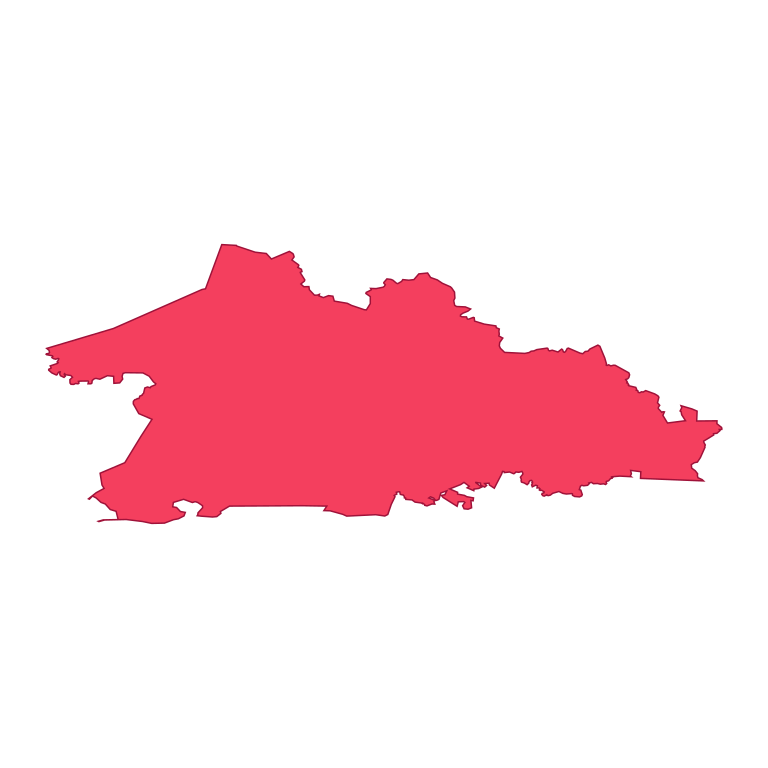 Jumurdas pag., Erglu, Latvia (Equal Earth projection)
{"feature_id": "27541924B12132010316150", "entity_name": "Jumurdas pag.", "entity_type": "district", "adm_level": 2, "iso_a3": "LVA", "parent_name": "Latvia", "parent_adm1": "Erglu", "projection": "equal_earth", "projection_center": [25.8, 56.947], "detail": "fine", "context": "isolated", "style": "filled", "palette": "rose", "viewbox_px": 768, "rotation_deg": 0, "n_neighbors": 0, "source": "geoboundaries", "source_scale": "gbopen_adm2", "svg_char_len": 6068}
<svg xmlns="http://www.w3.org/2000/svg" viewBox="0 0 768 768"><path d="M255.2,252.2L236.9,246.1L236.4,245.4L221.8,244.6L205.5,288.8L202.0,289.5L113.4,328.5L46.7,348.4L49.1,350.4L49.5,352.5L48.8,353.4L46.5,353.8L46.1,354.2L46.6,354.7L52.3,355.8L52.8,356.3L51.9,357.6L53.6,358.7L55.7,359.2L58.1,358.4L58.8,358.8L58.2,360.5L57.2,361.6L57.3,362.3L58.1,362.7L57.5,363.4L50.2,365.9L51.1,367.7L50.9,368.3L48.7,369.3L48.7,370.2L51.8,372.9L56.3,375.0L57.1,374.7L57.8,373.2L59.1,371.9L60.2,371.9L59.7,373.9L60.4,375.7L64.0,377.4L65.3,376.2L64.2,374.5L64.5,373.7L65.9,374.8L70.8,375.5L72.5,377.2L69.9,379.7L70.0,383.0L71.0,384.3L73.8,384.4L75.4,383.5L78.1,383.8L79.0,383.1L78.4,381.4L80.4,381.1L88.1,381.0L88.5,381.8L88.0,383.8L90.9,383.8L91.9,383.1L92.2,380.5L94.4,378.7L96.0,378.4L99.9,379.2L107.4,375.7L113.6,376.3L113.9,383.3L119.7,382.9L122.7,379.1L122.1,376.4L123.0,373.4L125.3,372.7L142.9,372.9L149.2,376.2L153.4,381.8L155.8,383.8L155.2,384.9L151.0,386.6L150.3,387.7L147.4,387.0L144.8,388.0L143.6,393.2L142.2,394.6L142.1,395.3L139.8,396.1L139.0,398.5L137.1,398.6L136.7,399.2L134.8,399.7L133.4,401.3L133.3,402.1L133.3,403.9L138.8,413.6L152.0,419.3L140.9,436.4L124.8,462.7L100.1,473.2L102.0,485.0L104.1,488.4L96.2,492.7L88.5,498.8L89.4,499.2L92.5,496.0L96.2,498.0L101.0,502.4L105.3,504.0L110.2,509.5L116.1,511.3L118.0,518.9L117.9,519.6L103.2,519.9L98.3,521.3L98.9,521.6L104.6,520.0L126.2,519.5L142.5,521.5L151.7,523.4L164.5,523.1L173.5,519.7L178.3,518.8L184.0,515.9L185.3,512.4L180.4,511.5L176.6,507.5L172.7,506.8L173.4,502.4L183.6,499.3L192.4,502.5L195.0,501.7L196.1,501.9L198.0,502.6L202.5,505.7L202.6,507.8L198.0,512.8L197.8,514.7L197.2,515.7L201.6,516.2L212.5,517.0L216.8,516.6L220.9,513.4L220.4,511.5L229.5,506.1L302.4,505.7L326.8,506.1L323.9,510.6L330.1,510.8L342.7,514.3L346.7,516.1L375.7,514.7L384.8,516.0L387.8,514.5L391.3,504.3L395.0,496.7L394.2,495.4L396.8,494.1L396.3,492.3L399.0,491.7L399.7,491.8L400.3,494.4L403.4,495.1L404.3,496.5L404.4,497.9L405.6,498.0L405.8,499.4L412.0,499.9L415.0,502.1L421.4,503.0L422.5,503.7L422.8,503.2L424.7,504.7L424.7,505.3L427.0,505.9L431.9,504.0L434.8,504.1L433.9,501.7L434.8,500.4L428.8,498.0L430.5,496.8L433.7,498.1L435.7,500.5L436.8,500.3L438.9,499.4L440.8,493.0L446.8,490.8L444.9,494.7L441.4,495.4L443.1,497.5L457.1,506.3L458.3,501.8L463.8,501.6L464.9,502.4L462.6,505.7L464.1,508.8L468.1,509.2L471.6,507.8L470.9,500.4L473.1,500.8L473.5,497.9L466.8,496.7L464.5,495.4L457.6,494.1L457.6,492.3L449.7,488.9L460.6,484.6L464.0,482.4L469.2,486.2L467.1,487.8L473.8,490.7L474.0,489.1L478.6,488.5L481.6,487.1L475.3,482.3L480.5,483.1L480.8,485.4L484.7,487.1L486.6,485.5L484.7,483.5L489.1,483.2L489.4,485.0L494.3,488.2L501.7,473.9L502.5,471.4L504.1,471.6L504.3,472.6L509.6,472.0L513.5,473.7L514.4,473.5L515.9,472.0L518.9,472.3L521.9,471.4L522.8,473.1L522.8,474.2L520.4,477.2L521.3,479.2L521.1,480.8L521.5,482.1L524.3,483.0L527.1,484.7L528.7,483.2L529.0,481.8L530.0,480.6L531.6,480.4L532.6,482.1L531.9,482.7L532.4,483.9L531.6,484.9L532.3,486.8L535.7,485.2L537.4,485.7L537.0,487.9L539.0,487.9L540.0,488.9L539.3,489.9L540.0,490.4L541.7,490.3L544.2,491.9L543.9,492.8L542.1,493.4L541.8,494.5L543.0,495.8L544.3,496.1L546.8,494.8L547.0,495.4L548.5,495.6L550.4,495.1L552.7,493.3L558.9,491.5L562.9,493.4L566.3,494.0L571.9,493.6L572.4,493.8L572.5,495.3L574.7,496.5L579.6,496.9L581.7,495.9L582.3,494.6L580.8,490.1L579.3,489.6L580.4,486.2L581.8,485.3L583.7,485.8L587.6,485.3L589.2,483.7L588.8,483.0L591.5,482.4L593.4,483.7L597.6,483.5L600.3,484.2L603.6,483.8L605.6,484.5L606.7,483.5L606.1,482.0L606.4,481.4L608.6,480.8L610.6,478.5L611.9,478.3L611.7,477.9L612.3,477.6L612.1,477.4L613.1,477.0L612.6,476.7L619.8,476.1L631.1,476.7L630.3,476.1L631.4,473.8L630.6,470.4L640.8,471.7L640.5,478.4L703.5,480.9L702.1,479.6L697.9,477.7L697.4,475.6L697.6,473.7L695.2,470.7L691.7,468.1L691.3,464.6L694.4,462.7L697.4,462.1L700.4,457.6L705.0,447.3L704.8,446.2L705.3,445.0L703.8,442.3L703.7,441.1L713.7,435.0L713.5,433.7L716.9,433.3L720.0,430.6L719.3,429.5L721.8,429.4L721.9,428.9L721.6,427.5L716.9,423.7L717.0,420.8L696.7,421.0L697.1,411.1L691.9,408.9L681.0,405.7L681.8,407.6L680.1,411.0L681.1,411.7L681.7,414.8L685.5,420.7L667.5,423.0L662.9,415.4L664.4,411.9L662.9,411.7L661.9,412.4L658.3,408.6L658.4,407.2L659.7,405.3L657.5,402.8L658.9,397.2L657.9,395.8L654.7,393.9L645.7,390.6L643.2,392.0L641.4,391.8L639.9,392.7L638.3,392.4L637.8,390.7L636.3,390.2L636.7,389.5L635.8,387.4L628.7,385.7L628.3,385.1L628.7,384.7L627.6,382.9L626.8,382.8L627.2,381.8L625.7,379.5L627.6,378.9L628.8,377.6L629.6,374.8L628.8,372.8L615.2,365.3L613.5,365.2L610.8,365.9L608.7,364.8L607.0,365.5L606.2,365.1L606.5,364.0L604.8,358.1L599.9,346.3L597.9,345.1L589.9,349.0L587.9,351.2L585.2,351.5L582.8,353.7L580.0,353.1L568.4,348.1L567.2,348.5L565.8,351.1L564.6,352.3L563.4,351.9L562.5,349.6L561.6,349.1L558.0,352.0L552.2,350.2L549.4,350.9L548.4,350.1L547.9,348.5L547.1,348.1L536.8,349.6L533.9,350.9L531.1,351.2L529.2,352.5L524.9,353.4L504.6,352.4L500.4,348.3L499.3,345.9L499.7,342.5L502.8,338.1L498.8,335.9L499.3,334.2L498.9,331.2L499.3,329.0L496.3,327.7L495.9,325.9L484.2,324.1L474.6,321.1L474.2,317.7L473.3,317.4L468.5,319.2L467.4,319.1L466.5,316.9L462.0,316.8L460.4,316.1L460.6,314.7L463.1,313.1L468.0,311.1L470.6,309.0L465.3,306.9L456.6,306.5L454.7,305.4L453.7,300.6L454.9,298.1L454.5,292.1L451.7,288.0L450.4,286.8L442.4,283.3L437.3,279.9L430.6,277.5L427.6,273.0L418.8,273.9L413.9,279.6L408.8,280.2L402.8,279.6L401.6,281.4L397.8,283.6L396.6,283.3L392.9,280.2L391.0,279.4L386.9,278.9L383.8,282.5L383.9,283.3L385.3,284.7L384.3,286.4L383.1,287.2L376.1,288.6L370.6,288.4L371.3,289.5L370.9,290.1L366.2,292.4L365.9,293.5L370.3,296.6L370.3,303.6L366.4,309.9L364.3,309.7L351.5,305.4L347.3,303.3L334.3,301.1L332.9,296.2L328.6,295.6L323.4,297.6L319.0,295.9L319.4,294.3L317.5,295.1L314.5,295.2L309.4,289.8L308.9,286.6L303.8,286.7L300.9,284.0L304.4,281.1L304.8,279.9L300.3,272.7L300.3,272.3L302.0,271.6L301.4,269.3L297.8,267.4L298.8,265.6L298.6,264.9L291.9,260.0L294.1,256.9L293.5,254.7L292.9,253.6L289.4,251.4L271.4,259.0L266.3,253.5L255.2,252.2Z" fill="#f43f5e" stroke="#9f1239" stroke-width="1.5"/></svg>